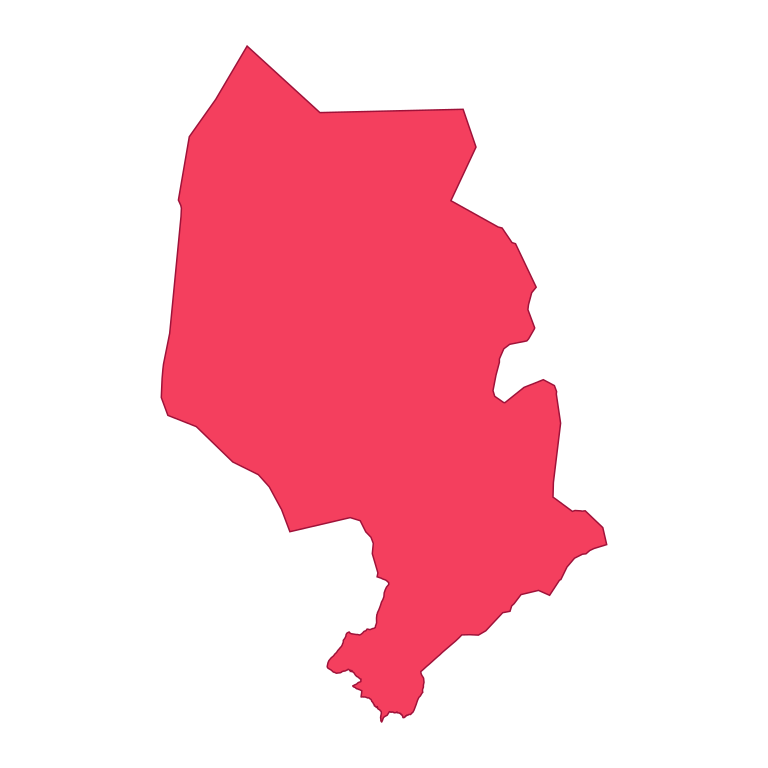 Atiba, Oyo, Nigeria (Natural Earth projection)
{"feature_id": "59680162B537197556674", "entity_name": "Atiba", "entity_type": "district", "adm_level": 2, "iso_a3": "NGA", "parent_name": "Nigeria", "parent_adm1": "Oyo", "projection": "natural_earth1", "projection_center": [3.938, 8.041], "detail": "fine", "context": "isolated", "style": "filled", "palette": "rose", "viewbox_px": 768, "rotation_deg": 0, "n_neighbors": 0, "source": "geoboundaries", "source_scale": "gbopen_adm2", "svg_char_len": 5722}
<svg xmlns="http://www.w3.org/2000/svg" viewBox="0 0 768 768"><path d="M178.4,200.1L180.8,205.4L181.4,208.2L181.0,216.7L169.7,333.3L163.5,364.1L162.9,369.2L162.1,378.5L161.3,397.5L167.9,415.4L196.3,426.6L232.8,462.0L258.4,474.7L269.3,486.9L280.8,508.2L281.4,509.1L289.9,531.7L350.2,517.6L357.6,519.9L360.2,520.7L365.8,531.9L371.0,537.3L373.3,543.4L372.3,553.7L377.9,572.9L377.1,576.8L381.2,578.2L382.7,579.0L385.6,580.0L386.8,580.9L388.7,582.7L388.7,584.5L386.5,587.1L385.3,589.6L384.2,592.8L383.9,596.7L382.8,599.7L381.5,602.1L380.4,605.7L378.8,609.9L377.5,612.6L377.4,613.6L376.9,614.5L376.5,618.1L376.6,622.9L375.7,625.5L375.5,625.9L375.3,627.5L374.0,628.3L372.4,628.6L371.4,629.1L370.1,629.6L369.1,629.5L368.1,629.2L367.1,629.1L366.0,630.6L365.2,631.0L364.3,631.2L363.5,631.9L363.1,632.5L361.8,633.7L360.7,634.5L359.6,635.0L357.6,634.5L356.2,634.5L352.4,633.9L351.1,633.7L350.5,633.3L350.1,633.2L349.3,632.1L349.1,632.0L347.2,632.9L346.6,633.6L346.0,634.9L345.9,636.1L345.2,637.6L344.4,638.9L343.3,640.3L343.3,641.7L343.1,642.7L342.6,643.7L342.2,645.0L341.3,646.6L340.5,647.3L339.3,648.8L337.8,650.5L336.5,652.5L334.5,654.4L334.1,655.2L333.4,656.0L331.2,657.8L328.9,660.6L328.0,662.7L327.2,666.4L327.3,667.1L327.9,668.1L329.0,668.8L330.9,669.9L332.0,670.8L333.0,671.8L334.0,672.3L334.7,672.3L335.2,672.7L336.3,673.2L336.9,673.2L337.8,673.0L339.1,672.9L340.5,672.7L341.6,672.1L342.2,671.5L343.2,671.3L343.8,671.0L344.3,671.1L344.9,671.0L345.5,670.8L345.8,670.7L346.4,670.2L347.1,670.1L347.9,669.4L348.2,669.3L348.7,669.4L348.9,669.6L349.2,669.9L349.4,670.2L349.6,670.5L349.8,670.6L350.0,670.5L350.1,670.4L350.2,670.6L350.3,670.7L350.4,670.8L350.5,670.8L350.5,671.0L350.8,670.8L351.0,671.0L351.0,671.4L351.2,671.6L351.4,671.6L351.5,671.4L351.7,671.0L351.9,670.7L352.2,671.0L352.6,671.8L353.8,672.6L354.2,673.2L355.5,675.2L356.5,676.2L357.0,676.6L357.5,676.7L357.7,676.8L358.3,677.4L359.6,678.4L360.2,679.0L360.4,679.1L360.9,679.1L361.0,679.6L360.9,680.0L360.8,680.9L360.9,681.0L360.8,681.4L360.8,681.6L360.7,681.7L358.8,682.3L358.4,682.6L358.2,682.6L357.7,683.0L356.8,683.9L356.1,684.3L354.6,684.9L353.4,685.6L352.8,685.9L352.8,686.0L353.0,686.3L353.5,686.8L354.3,687.2L354.8,687.3L355.0,687.4L355.4,687.7L356.0,688.3L356.6,688.7L356.8,688.8L357.0,688.8L357.4,688.8L357.6,688.8L358.0,689.1L358.3,689.4L359.0,689.4L359.9,689.8L360.1,690.0L361.3,690.5L361.7,690.6L361.7,691.1L361.7,691.6L361.6,693.0L361.4,694.3L361.2,695.9L361.1,696.2L361.1,696.7L361.1,696.9L361.3,697.0L361.8,696.9L362.3,696.9L362.6,696.9L363.0,696.8L363.3,697.0L363.5,697.0L364.2,697.0L364.4,697.0L365.3,697.0L367.1,697.7L367.9,698.0L368.7,697.8L369.0,698.0L369.3,698.2L369.8,698.7L369.9,698.8L370.7,699.2L371.0,699.5L371.3,700.0L371.5,700.6L371.6,700.8L371.7,701.2L372.3,701.9L372.5,702.1L372.9,702.6L373.1,703.0L373.3,703.4L373.5,703.9L373.8,704.2L374.2,704.6L374.3,704.7L374.2,705.2L374.3,705.6L374.4,705.8L374.5,706.0L375.1,706.1L375.3,706.2L375.7,706.5L376.1,706.9L376.2,707.3L376.4,707.3L376.6,707.3L376.7,707.2L376.9,707.0L377.1,706.8L377.3,706.7L377.5,707.1L377.6,707.3L377.6,707.5L377.5,708.3L377.6,708.5L378.3,709.1L378.5,709.2L378.7,709.4L379.0,709.5L379.3,709.6L379.6,709.7L379.8,709.9L380.0,710.4L380.5,710.9L380.8,711.1L381.0,711.3L381.2,711.7L381.3,712.2L381.3,713.0L381.3,713.3L381.1,714.8L380.9,715.4L380.9,715.7L380.8,716.1L380.9,716.4L380.9,716.6L380.8,716.8L380.7,716.8L380.6,717.0L380.6,718.0L380.7,718.5L380.9,718.8L380.8,719.9L380.9,720.8L381.2,721.4L381.4,721.7L381.7,721.9L382.3,720.8L382.5,720.4L382.6,719.9L383.2,718.3L383.4,717.8L383.8,717.3L384.4,716.8L385.1,716.3L386.9,715.4L387.3,715.1L387.5,714.8L387.8,714.2L388.6,713.0L388.8,712.7L389.4,711.7L390.1,711.8L390.4,711.9L390.5,712.1L391.0,712.2L391.4,712.2L391.5,712.1L392.0,712.1L392.1,711.9L392.7,712.0L393.0,712.0L393.2,712.3L393.5,712.5L394.5,712.8L394.8,712.6L395.4,712.7L395.6,712.7L395.8,712.6L396.2,712.4L396.3,712.6L396.5,712.6L397.0,712.1L397.3,712.6L397.5,712.8L397.9,712.9L398.0,712.9L398.5,712.9L399.2,713.0L399.6,713.3L400.0,713.3L400.3,713.4L400.3,713.6L400.8,713.8L400.9,714.1L401.2,714.3L401.1,714.5L401.4,714.7L402.0,715.0L402.0,715.3L402.3,715.5L402.5,715.9L402.7,716.6L402.7,716.8L402.8,717.1L402.9,717.4L403.1,717.6L403.3,717.5L403.6,717.6L403.8,717.5L404.0,717.6L404.3,717.4L404.5,717.2L404.8,717.2L405.0,717.0L405.1,716.7L405.4,716.3L405.5,716.3L405.8,715.8L406.0,715.8L406.3,715.7L406.5,715.8L406.9,715.4L407.1,715.0L407.4,715.1L407.8,715.2L408.2,715.0L408.7,714.5L409.5,714.4L410.0,714.5L410.5,714.5L410.8,714.3L411.4,713.5L411.8,713.0L412.2,712.9L412.9,712.2L414.0,710.2L416.3,704.1L416.9,702.2L417.7,699.9L418.9,697.4L420.4,695.9L421.2,694.5L421.9,693.3L422.8,692.2L422.5,691.2L422.6,689.3L423.4,687.2L423.4,685.1L424.0,682.3L423.6,678.2L422.8,676.8L421.8,675.3L421.0,673.3L420.8,671.6L423.0,669.7L426.6,666.4L429.1,664.3L432.0,661.7L434.4,659.5L437.9,656.4L439.6,655.0L442.2,652.5L444.5,650.5L455.5,641.1L458.9,637.9L461.8,634.9L469.7,634.7L478.4,635.1L485.8,630.8L502.7,612.7L510.0,611.3L511.7,605.9L514.1,603.7L521.0,594.6L538.5,590.4L549.6,595.3L559.5,580.2L560.9,579.5L567.0,567.0L574.5,558.2L582.4,554.2L586.0,553.8L589.8,550.5L594.0,548.5L606.7,544.6L602.8,527.6L585.2,510.8L581.8,511.2L581.2,510.9L575.0,510.5L572.4,511.4L553.0,497.1L553.4,482.5L560.6,423.2L556.3,394.0L556.6,391.6L554.4,385.6L543.3,379.7L524.0,387.4L504.9,402.7L503.6,402.5L494.7,396.3L493.0,390.6L496.0,375.1L499.4,362.3L499.4,359.0L499.8,358.0L503.8,348.8L509.7,344.3L526.8,340.9L528.6,338.9L534.3,329.0L534.7,327.9L527.9,309.6L528.5,304.7L531.7,292.7L536.2,287.2L515.5,243.7L512.0,242.6L502.1,228.0L498.1,227.0L450.9,200.7L476.0,147.1L463.1,109.3L319.9,112.6L247.1,46.1L215.7,99.4L189.3,136.7L178.4,200.1Z" fill="#f43f5e" stroke="#9f1239" stroke-width="1.5"/></svg>